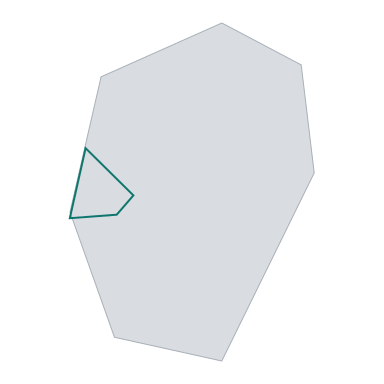 location of Denigomodu within Nauru
{"feature_id": "NRU-4973", "entity_name": "Denigomodu", "entity_type": "state/province", "adm_level": 1, "iso_a3": "NRU", "parent_name": "Nauru", "parent_adm1": "", "projection": "natural_earth1", "projection_center": [166.912, -0.518], "detail": "fine", "context": "in_parent", "style": "outline", "palette": "teal", "viewbox_px": 384, "rotation_deg": 0, "n_neighbors": 0, "source": "natural_earth", "source_scale": "10m", "svg_char_len": 338}
<svg xmlns="http://www.w3.org/2000/svg" viewBox="0 0 384 384"><path d="M314.2,172.9L221.8,361.0L114.5,337.3L70.0,212.1L101.1,76.8L221.8,23.0L301.2,64.9L314.2,172.9Z" fill="#d9dde1" stroke="#a8b0b8" stroke-width="1"/><path d="M69.8,218.2L85.6,148.2L133.4,195.4L116.7,214.7L69.8,218.2Z" fill="none" stroke="#0f766e" stroke-width="2"/></svg>